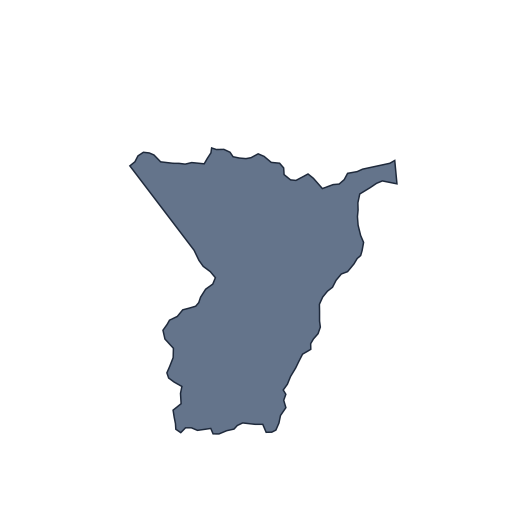 the district of Iguaraçu, Paraná, Brazil, rotated 323°
{"feature_id": "56859067B69618281241439", "entity_name": "Iguaraçu", "entity_type": "district", "adm_level": 2, "iso_a3": "BRA", "parent_name": "Brazil", "parent_adm1": "Paraná", "projection": "albers", "projection_center": [-51.847, -23.218], "detail": "fine", "context": "isolated", "style": "filled", "palette": "slate", "viewbox_px": 512, "rotation_deg": 323, "n_neighbors": 0, "source": "geoboundaries", "source_scale": "gbopen_adm2", "svg_char_len": 1712}
<svg xmlns="http://www.w3.org/2000/svg" viewBox="0 0 512 512"><g transform="rotate(323 256 256)"><path d="M93.5,335.8L90.8,341.4L87.7,346.1L89.6,351.8L96.3,350.8L101.0,354.3L104.3,360.0L108.8,362.5L116.1,366.5L114.7,372.2L119.3,375.8L127.5,377.9L134.3,381.0L139.1,380.1L144.9,381.3L154.0,389.9L160.1,394.5L158.0,402.9L162.6,406.2L167.1,407.0L173.8,403.2L179.6,398.1L188.6,395.1L191.3,387.9L196.6,384.4L197.1,379.4L203.9,377.3L211.1,373.0L220.3,369.3L226.3,366.2L234.1,362.4L243.6,363.5L246.9,358.9L252.0,356.8L258.8,355.4L264.6,351.5L267.6,346.2L273.4,338.5L277.6,332.7L284.6,328.9L291.9,327.1L298.3,327.0L305.3,323.6L313.3,321.7L319.7,323.6L329.4,321.3L335.3,318.9L339.9,318.6L343.9,315.6L350.1,309.9L351.9,302.6L356.1,292.8L360.7,285.6L365.2,280.7L369.4,274.8L376.2,268.9L388.2,270.1L396.0,270.5L402.1,272.1L412.0,283.2L424.3,263.2L418.7,262.5L393.4,250.8L387.6,249.5L378.9,245.1L372.4,248.1L365.7,248.6L360.6,245.4L349.6,242.1L348.6,228.5L346.9,221.8L333.4,219.7L329.4,216.0L327.4,207.9L331.1,202.3L330.7,196.1L324.5,190.4L322.4,181.3L319.2,175.7L311.2,174.5L306.6,172.2L301.7,167.8L297.4,162.9L297.7,157.5L294.5,151.5L288.4,147.1L285.6,143.0L282.1,146.5L275.8,148.8L270.1,151.2L260.9,142.7L254.7,140.0L250.3,135.7L245.6,132.1L236.5,123.4L235.3,113.9L232.8,109.5L228.5,105.4L222.0,105.0L216.0,107.9L209.5,108.1L210.0,214.1L207.8,225.2L207.6,232.6L210.1,241.0L210.5,248.9L204.6,252.4L195.8,252.2L187.0,255.5L182.2,258.8L177.6,259.8L171.2,257.4L165.1,254.9L156.8,256.9L148.3,255.2L144.0,257.1L137.0,259.3L133.3,267.5L134.5,280.0L128.7,287.3L120.7,292.2L114.5,295.7L112.8,300.9L114.7,307.3L118.3,315.6L113.0,320.3L107.3,328.9L97.0,329.2L93.5,335.8Z" fill="#64748b" stroke="#1e293b" stroke-width="1.5"/></g></svg>